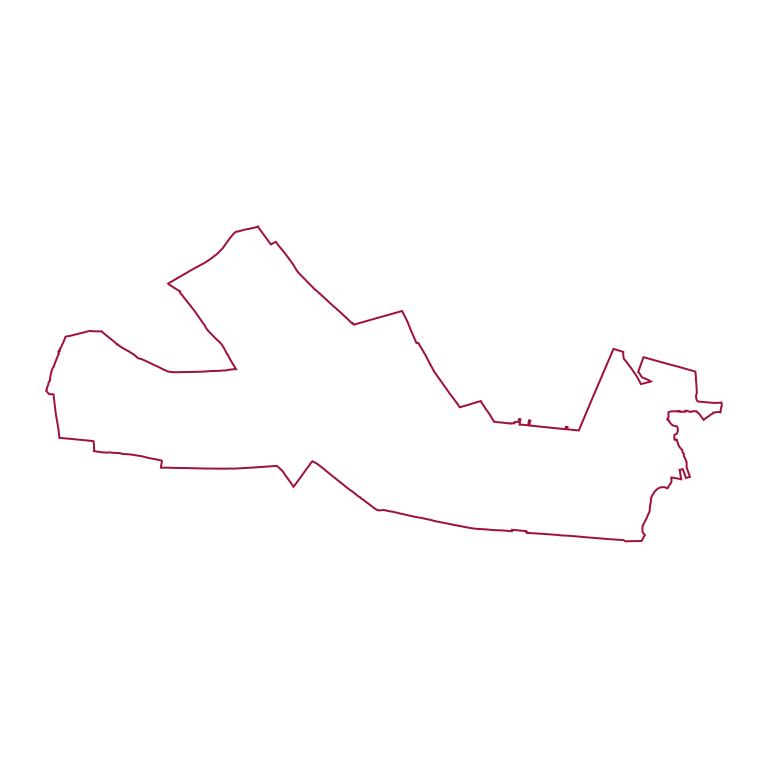 the district of Secuieni, Neamt, Romania
{"feature_id": "2599482B23020006857022", "entity_name": "Secuieni", "entity_type": "district", "adm_level": 2, "iso_a3": "ROU", "parent_name": "Romania", "parent_adm1": "Neamt", "projection": "natural_earth1", "projection_center": [26.814, 46.87], "detail": "fine", "context": "isolated", "style": "outline", "palette": "rose", "viewbox_px": 768, "rotation_deg": 0, "n_neighbors": 0, "source": "geoboundaries", "source_scale": "gbopen_adm2", "svg_char_len": 6040}
<svg xmlns="http://www.w3.org/2000/svg" viewBox="0 0 768 768"><path d="M641.5,541.0L644.9,535.0L642.6,532.3L642.4,528.7L642.6,526.2L644.1,522.9L645.9,519.7L649.6,511.3L650.0,506.0L650.7,502.8L651.2,497.6L652.3,495.4L654.7,491.4L657.6,488.8L660.2,487.4L664.2,487.1L667.5,488.3L669.9,484.4L670.2,483.9L670.8,483.2L671.4,481.8L671.5,479.6L671.2,478.6L671.4,477.5L676.6,478.3L681.2,479.3L679.9,471.3L679.6,469.8L682.8,469.2L685.9,477.9L689.9,476.9L686.6,467.3L686.6,465.1L686.5,463.9L686.6,463.2L686.6,462.0L684.8,457.7L684.1,456.7L683.9,456.2L683.8,455.6L683.9,454.0L683.7,453.4L683.2,452.8L682.7,452.6L682.2,449.9L681.2,449.0L679.4,446.8L678.4,444.9L677.8,442.8L677.0,440.8L676.9,439.8L676.5,439.8L676.1,440.3L675.5,440.0L675.3,439.3L674.4,439.3L674.5,438.6L674.3,437.8L674.3,437.0L674.4,434.8L676.3,434.0L677.0,433.5L677.8,431.4L677.7,430.3L677.9,429.9L677.7,428.5L677.2,426.9L676.7,426.3L675.9,426.0L674.4,425.9L672.8,425.4L670.8,423.7L670.5,423.3L670.0,422.4L669.0,421.5L668.9,420.5L668.4,419.9L667.9,419.7L667.4,419.7L667.2,419.4L667.6,418.8L668.1,418.4L667.9,418.0L668.0,417.6L668.6,416.9L668.6,416.7L668.5,416.0L668.4,412.4L668.5,412.2L671.3,411.3L675.6,411.3L677.3,411.5L677.5,411.1L677.9,411.0L679.7,411.0L679.8,411.9L683.5,411.7L685.2,411.8L685.4,410.7L687.5,410.8L688.4,411.5L689.5,411.5L690.9,411.9L691.9,411.8L692.1,411.5L692.6,411.2L696.7,411.3L697.2,412.2L697.8,412.8L698.5,413.2L699.8,414.6L700.7,415.8L701.1,416.6L701.9,417.7L702.8,418.6L703.8,419.9L704.5,419.1L706.1,418.0L706.8,417.4L708.3,416.5L710.9,414.5L712.8,413.5L713.1,413.2L713.1,412.8L713.3,412.5L715.5,412.4L716.8,412.1L718.2,412.0L720.5,412.3L720.7,410.0L721.2,407.2L721.9,405.8L721.9,405.2L721.4,403.6L721.5,402.6L717.2,402.9L713.5,402.9L697.9,401.5L696.9,400.5L696.2,398.2L696.1,397.5L696.2,395.8L696.0,395.0L696.5,394.2L696.7,393.7L696.8,393.0L696.8,391.7L696.6,387.7L696.3,383.2L695.9,379.0L695.9,377.4L695.4,371.6L677.9,366.6L669.8,364.5L643.5,357.2L638.2,372.0L639.1,372.9L640.2,374.4L640.8,375.6L641.5,376.6L642.4,377.4L643.4,378.0L645.0,378.5L648.6,380.1L650.8,381.5L640.9,384.1L637.9,378.3L635.6,374.6L631.9,369.2L625.4,360.5L624.1,359.2L623.6,358.0L623.4,356.1L623.2,353.4L623.3,351.9L613.5,348.9L591.2,401.0L578.8,430.5L567.2,429.3L567.5,427.0L565.8,426.9L565.5,429.2L529.3,425.5L529.9,422.2L530.3,420.6L529.1,420.3L528.7,422.0L528.2,425.3L522.8,424.8L520.7,424.6L519.6,424.7L520.3,419.2L519.0,419.1L518.4,421.9L517.0,421.9L515.7,422.2L514.5,422.0L513.8,423.1L513.9,423.3L511.6,423.4L509.8,423.3L509.9,423.5L504.2,422.8L496.8,422.1L493.9,421.6L493.9,421.4L490.8,416.4L490.1,415.0L488.8,413.1L485.4,408.5L484.1,406.2L482.7,404.4L480.8,401.1L473.3,403.2L470.0,404.3L459.7,407.3L457.2,403.5L449.9,393.8L434.3,371.8L427.3,358.8L426.6,357.1L418.3,342.9L416.5,343.1L416.4,343.0L410.8,330.0L407.2,321.1L402.1,311.0L376.8,318.1L355.5,324.2L354.3,324.7L352.8,323.2L352.5,323.7L352.2,323.5L348.2,319.6L341.6,313.4L330.6,303.6L321.0,294.7L316.6,290.8L316.0,290.2L315.1,289.7L298.9,273.2L296.9,270.7L296.0,269.3L293.6,265.1L286.9,255.9L281.6,249.1L280.8,248.3L278.1,245.0L275.9,241.9L275.5,242.0L270.8,244.4L266.6,238.6L258.1,227.0L258.1,226.6L255.9,227.3L248.3,229.0L244.8,229.6L240.9,230.7L237.6,231.6L236.7,231.5L235.2,232.3L233.1,234.2L231.0,236.8L228.3,240.3L222.8,248.1L218.1,253.0L216.0,254.8L213.8,256.4L212.7,257.3L209.9,259.4L204.4,263.0L197.8,266.5L189.6,271.0L186.4,273.0L178.8,277.3L168.1,283.6L168.7,284.3L179.4,291.1L180.0,291.3L179.8,291.6L179.9,292.0L180.7,293.7L181.5,294.4L182.5,295.5L184.1,297.8L186.6,300.8L194.9,311.4L202.2,322.0L205.3,326.3L205.6,327.3L207.1,329.5L208.9,331.6L213.2,335.9L213.9,336.8L219.6,342.1L221.3,344.0L223.4,347.1L226.9,353.7L228.2,355.6L230.0,359.2L231.1,361.0L232.3,363.1L233.4,364.8L236.0,369.2L234.1,369.1L232.5,369.4L230.6,369.5L227.5,370.1L225.0,370.5L223.6,370.4L220.5,370.8L209.4,371.1L207.8,371.5L207.7,371.3L206.1,371.4L199.3,371.8L175.9,372.2L172.0,372.1L168.5,371.6L167.2,371.1L163.4,369.5L160.1,367.8L158.5,366.9L155.6,365.7L148.4,362.2L141.6,359.1L138.0,358.2L135.2,355.6L133.3,354.2L130.7,352.7L129.1,351.5L126.6,350.2L119.9,346.3L117.7,344.4L117.3,344.7L116.2,343.5L113.7,341.3L103.6,333.2L101.8,331.4L93.4,331.3L89.6,330.9L82.3,332.8L78.7,333.6L77.4,334.1L74.3,334.7L72.3,335.4L67.9,336.2L66.4,336.5L65.5,336.8L63.4,342.2L62.3,344.4L61.0,347.5L60.5,348.0L59.9,348.8L59.7,349.6L60.1,350.4L60.0,350.8L59.8,351.0L59.2,350.8L58.7,351.0L58.5,351.4L58.3,351.9L58.5,352.6L59.0,353.2L59.0,353.7L58.5,354.0L57.3,357.2L54.6,364.0L53.8,366.7L53.2,367.1L51.8,370.3L50.3,376.4L50.4,376.9L50.0,378.1L50.1,378.7L49.9,379.4L50.0,379.8L50.2,380.0L49.9,380.8L49.6,381.0L49.0,381.7L48.6,382.5L48.5,383.1L48.5,383.8L48.4,384.4L47.5,386.3L47.3,387.2L46.9,388.3L46.7,389.8L46.2,390.3L46.1,390.7L49.2,394.2L53.5,394.3L55.8,413.9L58.4,428.8L59.4,437.9L71.1,438.9L93.4,441.1L93.9,443.7L94.1,447.9L94.1,450.1L93.9,451.1L101.2,452.2L106.5,452.6L107.4,452.6L107.7,452.4L108.5,452.4L111.7,452.6L113.5,452.8L119.7,453.1L122.7,454.0L127.5,454.2L130.9,454.5L140.3,456.0L143.8,456.7L147.9,457.8L161.1,460.4L161.8,460.7L161.9,461.0L161.6,463.1L161.3,464.5L160.9,467.7L168.2,467.7L173.9,467.9L188.1,468.1L204.2,468.5L224.9,468.7L229.5,468.5L234.2,468.6L238.1,468.4L253.6,467.5L276.8,465.9L281.8,470.3L282.7,471.2L285.7,475.8L290.5,482.3L293.5,486.8L295.5,484.2L305.7,470.2L306.3,469.3L309.7,464.8L310.8,463.0L312.4,461.3L314.7,462.4L318.0,464.4L323.2,468.5L329.8,473.9L349.2,489.4L351.1,490.8L351.5,491.0L351.6,490.9L352.3,491.4L357.6,495.8L358.8,496.7L360.1,497.2L360.3,497.4L360.8,498.3L361.9,498.8L375.2,508.8L377.0,510.0L379.5,510.4L383.8,510.0L388.8,511.1L393.3,511.9L398.2,513.0L400.3,513.6L401.7,513.8L413.2,516.5L422.7,518.2L431.8,520.2L433.6,520.8L435.5,521.2L460.6,526.2L471.5,528.2L475.1,528.7L480.8,529.1L486.3,529.4L493.3,530.1L502.0,530.4L511.2,531.2L512.1,531.1L512.0,529.8L526.1,531.1L525.9,531.9L527.3,532.2L527.1,532.9L543.2,533.9L558.2,535.0L561.1,535.4L569.4,535.8L575.6,536.3L585.2,537.2L608.7,539.1L623.6,540.1L625.0,541.1L625.9,541.4L628.8,541.2L641.5,541.0Z" fill="none" stroke="#9f1239" stroke-width="2"/></svg>